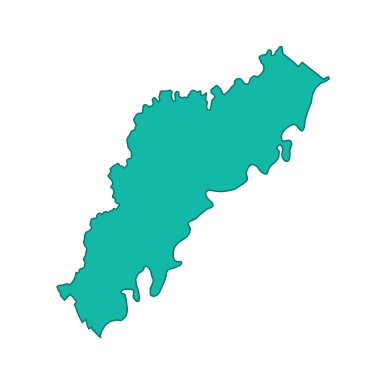 the district of Prisacani, Iasi, Romania, rotated 97°
{"feature_id": "2599482B74582791641671", "entity_name": "Prisacani", "entity_type": "district", "adm_level": 2, "iso_a3": "ROU", "parent_name": "Romania", "parent_adm1": "Iasi", "projection": "natural_earth1", "projection_center": [27.89, 47.067], "detail": "fine", "context": "isolated", "style": "filled", "palette": "teal", "viewbox_px": 384, "rotation_deg": 97, "n_neighbors": 0, "source": "geoboundaries", "source_scale": "gbopen_adm2", "svg_char_len": 6010}
<svg xmlns="http://www.w3.org/2000/svg" viewBox="0 0 384 384"><g transform="rotate(97 192 192)"><path d="M347.2,265.0L345.4,265.5L342.5,265.1L335.3,262.2L332.6,259.8L330.8,257.9L328.5,252.6L328.2,249.7L328.3,247.8L328.0,246.6L326.7,245.1L324.8,243.5L322.1,242.3L319.1,241.8L316.1,241.9L305.8,244.6L302.7,245.8L301.3,247.2L301.1,249.6L300.3,250.3L299.0,250.0L297.4,248.3L296.6,246.5L296.0,239.3L296.6,238.4L297.6,237.7L301.9,237.7L303.7,237.3L305.5,236.0L307.1,233.9L307.3,232.4L306.8,231.6L304.8,231.1L301.4,231.7L294.7,234.0L292.0,235.7L285.4,237.3L281.0,236.1L279.1,234.9L277.2,232.6L275.5,231.2L274.0,230.5L272.3,230.5L271.4,228.8L271.4,228.0L271.8,226.6L274.2,224.2L275.5,223.5L280.2,221.7L283.6,219.9L285.3,219.6L286.7,219.7L293.0,221.6L297.8,221.0L299.0,220.7L299.8,219.8L300.2,217.2L299.6,215.8L298.6,214.2L297.0,212.9L294.2,211.6L283.4,208.4L279.1,207.6L274.9,207.5L273.4,207.0L272.0,205.9L271.2,204.7L270.0,201.4L267.9,197.7L265.5,194.3L263.6,193.6L262.9,193.9L262.6,194.6L262.6,195.7L263.0,197.8L262.6,199.5L261.8,200.9L260.4,201.8L258.8,202.6L255.7,203.1L252.7,203.3L249.4,202.8L244.3,199.8L237.7,192.3L235.9,190.9L233.8,189.9L231.7,189.3L229.0,189.2L228.0,189.6L224.3,192.0L222.7,192.0L221.9,191.4L218.1,185.1L212.8,180.6L207.4,175.4L206.3,173.7L205.1,171.1L204.2,170.2L202.7,169.6L200.9,170.2L199.5,171.4L198.4,173.4L196.2,176.1L193.1,178.0L190.4,178.2L189.3,177.5L188.0,174.9L188.3,167.9L188.0,162.8L186.9,158.2L185.4,153.4L184.2,150.4L182.8,148.5L176.7,141.3L175.0,139.6L173.7,138.9L172.5,138.7L170.9,139.0L166.1,140.6L163.0,139.9L160.5,138.9L158.7,137.9L157.5,136.2L157.3,134.5L157.8,132.7L158.5,131.2L159.9,129.4L162.7,126.8L164.0,125.1L165.0,122.6L165.2,120.9L164.6,120.0L163.7,119.4L159.3,118.6L157.4,117.7L154.9,115.9L151.7,112.7L147.8,110.5L146.0,110.2L141.5,110.4L140.3,110.9L138.8,112.8L137.9,113.0L136.0,112.6L134.8,111.4L134.6,110.0L135.1,108.9L137.0,107.5L138.8,107.1L143.6,107.4L147.2,106.3L148.8,104.8L149.8,103.5L150.2,101.9L149.8,100.8L148.8,99.9L147.2,99.3L145.0,99.2L138.0,100.0L134.1,99.0L131.2,99.1L129.5,100.1L128.9,101.9L129.5,104.9L130.5,106.7L130.5,107.8L129.3,109.2L127.2,109.9L124.6,110.2L122.6,109.7L117.8,106.8L114.1,102.5L112.6,99.9L112.6,98.0L113.3,96.3L117.1,92.5L118.0,90.7L117.6,89.7L115.9,88.9L112.8,88.4L108.2,88.5L103.1,87.9L98.6,87.1L88.3,84.5L84.2,84.5L79.7,84.0L74.9,82.4L71.7,80.4L68.2,77.2L65.2,71.8L62.9,69.6L61.0,70.8L63.3,74.5L64.2,75.0L49.9,98.4L54.6,101.7L50.1,107.9L43.9,118.4L38.1,120.3L36.8,120.5L37.0,122.0L37.7,122.9L40.5,124.2L42.1,125.7L45.0,126.5L46.7,128.2L46.9,128.8L46.7,129.7L46.1,130.0L43.7,130.2L42.5,130.7L41.8,131.5L41.7,132.8L42.1,133.5L42.6,134.0L45.3,134.5L46.2,135.0L46.9,136.1L47.7,139.3L49.4,141.5L50.5,141.7L51.5,141.3L52.5,140.4L55.6,138.7L56.9,137.0L57.6,136.5L61.1,135.6L62.1,135.7L65.9,137.3L69.1,140.0L69.7,141.5L69.1,143.8L69.5,144.8L70.9,146.6L72.4,147.8L77.0,148.9L77.8,149.5L78.4,150.8L78.5,151.9L78.1,152.8L74.8,156.4L73.9,157.7L73.7,159.1L74.4,161.4L76.8,163.2L77.5,163.3L79.3,162.8L80.9,163.5L82.8,165.4L86.2,167.3L90.0,170.3L91.2,171.8L90.8,173.3L90.0,174.2L87.4,175.3L85.8,176.8L83.3,180.1L83.5,180.8L84.5,181.9L88.1,185.4L89.8,185.2L91.3,184.7L92.1,183.8L92.7,181.9L94.3,181.2L96.0,181.3L98.6,183.3L106.7,183.7L107.9,184.2L108.6,184.8L108.7,185.9L108.1,186.9L106.1,187.8L104.6,188.0L101.2,187.6L100.5,188.0L99.9,189.0L98.2,190.0L93.7,189.7L92.8,189.4L92.1,189.8L94.1,192.3L94.9,193.7L95.1,194.5L94.5,195.2L91.7,195.2L90.7,195.8L90.8,196.6L92.4,198.6L92.5,199.2L92.5,199.7L91.2,201.3L91.0,202.2L91.2,203.9L91.7,204.8L92.3,205.2L96.7,207.5L98.9,208.2L99.3,209.1L98.8,210.2L98.8,211.0L99.7,213.2L99.4,214.9L98.7,216.5L97.6,217.1L94.9,217.2L94.2,217.9L94.2,219.3L94.6,220.0L95.6,220.5L97.8,220.9L100.8,220.0L102.9,219.7L103.7,220.0L104.3,221.1L104.2,221.5L103.1,222.6L99.8,224.3L95.2,224.1L94.8,224.4L94.1,225.0L93.8,226.7L94.9,229.3L95.4,232.7L95.9,233.1L95.5,233.6L95.4,234.3L96.2,235.6L97.5,235.5L101.5,236.3L104.3,235.3L105.6,235.4L106.3,236.2L106.3,236.8L103.4,239.7L103.1,240.6L103.4,241.6L104.3,242.3L105.5,242.6L109.2,241.1L110.8,241.7L111.7,242.7L112.6,245.6L112.2,246.5L111.1,247.8L111.2,249.3L111.5,249.9L111.9,250.5L113.4,251.0L117.0,250.6L119.2,251.1L120.1,251.9L120.4,254.1L121.1,255.6L123.0,257.0L126.5,258.5L127.5,258.7L132.8,255.4L133.6,255.9L137.4,256.5L138.1,258.4L138.9,259.3L140.2,260.0L142.9,260.8L145.0,262.0L147.5,262.8L148.7,262.8L151.3,262.2L153.1,261.4L155.3,260.9L159.0,257.5L159.7,257.2L162.0,256.6L165.1,256.4L166.4,257.1L166.6,258.8L167.9,260.3L169.1,260.7L171.6,259.5L173.0,259.5L176.3,261.5L176.3,262.4L175.0,264.4L174.8,266.9L173.2,268.1L172.7,268.7L172.7,269.1L173.7,270.6L176.5,273.8L178.8,276.0L179.4,276.0L180.7,275.3L182.1,275.0L186.3,277.3L187.1,276.8L188.7,274.6L190.3,273.0L192.2,271.8L194.3,271.9L197.0,273.1L197.6,272.8L198.1,271.3L198.7,270.5L201.2,269.2L205.7,270.2L206.8,270.1L207.2,269.5L207.7,267.5L208.6,267.2L210.8,267.1L212.0,266.0L212.7,262.9L213.5,262.7L214.6,262.9L218.2,264.7L218.5,265.3L218.0,267.2L218.1,267.7L219.8,268.7L220.8,270.7L222.9,272.7L222.7,273.4L222.1,274.4L222.1,275.6L223.1,277.3L224.8,277.9L225.3,278.3L225.2,278.7L224.5,279.9L224.4,281.0L224.7,282.3L226.6,283.5L227.8,283.5L228.8,283.2L229.4,283.4L229.8,284.3L230.1,286.2L231.3,288.5L236.5,289.2L237.5,288.8L238.8,287.4L240.3,287.2L241.2,287.7L243.3,289.6L245.0,292.2L246.2,292.8L247.9,293.1L251.3,292.9L255.1,293.5L258.0,292.2L260.1,290.0L262.1,289.4L265.1,289.9L267.6,289.8L271.5,291.5L273.5,290.6L274.8,289.5L279.7,289.7L280.8,290.5L281.8,293.1L282.5,294.2L285.0,294.4L286.3,295.1L286.4,296.0L286.0,296.9L286.3,297.4L289.8,297.5L292.6,298.1L296.4,299.9L298.8,301.7L299.2,302.7L298.4,304.1L298.5,305.3L299.7,307.9L301.0,312.5L301.6,313.6L302.6,314.4L306.3,312.4L308.8,310.0L310.8,309.9L314.9,305.3L308.3,300.4L311.2,296.9L315.0,293.1L318.2,295.0L319.7,293.8L325.8,290.9L327.6,289.6L329.3,288.8L334.9,285.0L331.6,281.8L338.0,279.2L340.4,277.7L338.4,275.4L338.6,274.9L339.5,274.8L340.5,274.2L346.6,266.6L347.1,265.8L347.2,265.0Z" fill="#14b8a6" stroke="#0f766e" stroke-width="1.5"/></g></svg>